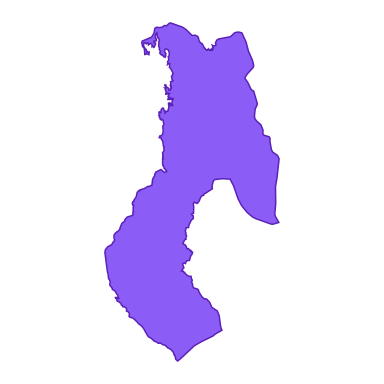 Kolaka Utara, Sulawesi Tenggara, Indonesia
{"feature_id": "22746128B11198700179718", "entity_name": "Kolaka Utara", "entity_type": "district", "adm_level": 2, "iso_a3": "IDN", "parent_name": "Indonesia", "parent_adm1": "Sulawesi Tenggara", "projection": "natural_earth1", "projection_center": [121.032, -3.263], "detail": "fine", "context": "isolated", "style": "filled", "palette": "violet", "viewbox_px": 384, "rotation_deg": 0, "n_neighbors": 0, "source": "geoboundaries", "source_scale": "gbopen_adm2", "svg_char_len": 5930}
<svg xmlns="http://www.w3.org/2000/svg" viewBox="0 0 384 384"><path d="M222.0,330.2L221.0,328.1L220.5,325.5L219.2,315.7L217.3,310.9L211.9,307.4L209.6,302.2L206.6,299.0L204.1,298.7L201.9,296.7L199.3,292.6L198.3,289.8L197.4,289.0L194.1,288.1L193.1,287.1L192.5,285.4L192.5,283.7L191.5,282.3L192.3,280.2L191.1,277.9L191.2,276.4L189.2,276.3L187.2,275.4L185.0,273.3L184.7,272.4L184.2,272.6L183.2,271.4L181.9,271.1L182.6,270.7L182.0,270.2L182.3,269.0L182.8,269.0L183.9,267.8L182.7,264.3L183.2,263.3L184.3,263.1L185.5,263.6L186.0,261.8L187.1,260.6L189.4,260.5L190.9,255.6L192.0,254.3L192.6,252.3L191.6,251.3L191.2,251.6L190.9,250.9L190.6,251.2L190.4,250.4L188.3,248.6L187.2,249.0L185.7,245.3L182.8,243.5L184.8,239.7L186.0,239.3L185.9,237.7L186.6,235.8L185.6,233.9L186.0,233.0L185.3,231.3L186.2,227.7L188.6,227.5L188.8,225.5L191.3,220.1L193.3,218.6L193.2,215.7L192.2,215.3L191.5,214.1L193.5,213.3L193.2,212.7L193.6,212.1L193.7,206.4L193.3,203.8L194.2,202.2L196.9,203.5L197.8,202.9L199.3,200.9L200.3,198.1L201.8,195.8L203.6,195.4L203.6,194.4L212.4,188.8L212.1,185.8L213.2,181.4L214.5,179.6L222.2,178.7L230.1,179.1L233.5,185.7L238.1,198.9L241.7,205.8L247.4,212.7L252.6,217.0L255.9,218.7L271.1,224.1L273.0,224.2L278.8,222.5L275.4,216.4L274.8,214.0L275.7,203.9L275.5,186.6L277.1,176.9L279.1,158.8L277.5,155.4L272.8,152.2L271.4,149.6L270.0,141.7L270.0,138.3L269.2,136.8L264.2,135.3L262.9,134.1L263.0,130.0L260.9,124.8L256.4,120.8L254.7,118.2L254.5,115.3L255.2,108.9L257.0,105.3L257.3,103.4L253.7,91.2L251.2,89.6L247.9,82.6L244.9,78.2L245.4,76.7L247.4,73.8L252.9,67.8L253.6,66.4L253.6,64.8L252.4,60.1L248.4,51.0L246.1,42.1L241.9,32.9L239.0,32.1L236.7,32.2L234.6,32.8L230.4,36.7L218.5,39.0L216.7,40.2L215.4,43.1L216.1,44.9L215.5,45.6L213.5,45.8L212.3,45.2L213.2,47.4L212.5,47.9L213.1,48.9L212.5,50.3L211.8,50.3L211.6,49.8L212.0,49.3L211.5,49.0L210.5,49.5L210.4,50.5L209.7,50.4L208.4,48.8L207.9,49.6L207.1,49.7L207.0,50.3L205.6,49.5L205.1,48.3L204.5,48.2L202.2,43.7L200.4,42.7L199.1,40.8L198.3,37.4L197.6,36.3L195.2,35.2L192.2,35.5L185.9,29.4L182.4,27.1L171.1,23.1L169.6,23.0L166.5,25.8L164.6,25.5L161.7,27.3L159.2,27.6L156.9,27.2L155.3,27.9L154.7,28.8L154.1,33.0L151.6,37.1L142.2,41.1L141.7,43.0L142.5,44.9L142.3,46.0L144.3,48.5L144.8,54.5L145.7,54.4L146.8,53.2L147.3,53.9L148.9,54.7L149.2,52.1L148.6,52.3L147.7,51.5L146.9,51.4L146.1,49.3L144.9,48.7L144.8,47.9L143.9,47.3L144.0,46.4L143.2,44.4L143.9,43.9L144.0,43.0L144.8,42.8L146.4,43.8L147.2,42.7L147.9,42.9L148.4,43.6L148.4,44.9L150.7,43.4L152.0,44.4L152.0,46.5L152.6,46.0L153.6,47.5L154.0,47.4L155.6,44.0L155.5,42.9L154.2,42.6L153.9,41.2L156.5,40.8L156.4,39.0L155.5,38.3L155.4,35.9L156.3,33.3L156.9,32.8L157.6,37.5L158.9,38.7L159.4,40.6L158.8,41.9L158.7,46.7L159.5,47.8L159.2,49.4L160.5,51.5L159.7,53.0L160.9,54.6L161.9,54.7L162.4,55.6L163.2,55.5L164.1,57.0L164.8,56.8L165.1,57.2L165.9,55.9L165.4,54.7L166.0,53.6L165.4,53.1L164.5,50.8L165.5,49.0L166.6,49.0L168.1,49.9L169.4,52.9L169.0,56.0L168.2,56.9L168.7,59.0L168.4,60.6L167.5,61.8L167.9,63.3L167.6,64.5L169.1,63.5L169.9,63.6L169.4,67.4L170.4,68.2L173.1,73.2L172.5,74.1L172.7,74.8L171.4,76.4L172.0,77.9L171.8,78.9L173.0,80.7L170.5,81.7L170.9,82.7L170.4,85.0L171.0,85.7L170.5,85.9L170.9,86.4L170.7,87.0L171.3,87.0L171.4,87.5L171.3,88.5L170.5,88.9L170.3,90.2L168.9,90.2L169.1,89.2L167.8,87.6L166.8,87.3L166.3,86.2L165.7,86.1L165.4,85.4L165.7,85.0L165.0,84.8L164.7,85.5L166.2,87.2L165.9,87.6L166.3,88.7L165.8,87.8L165.0,87.9L165.5,88.2L165.1,88.9L166.2,92.1L165.7,94.2L166.6,94.2L167.9,92.9L169.5,93.5L168.2,94.1L168.7,95.1L168.2,95.9L168.7,96.9L168.3,97.0L169.1,97.9L168.0,98.7L167.8,99.4L169.4,99.5L170.2,97.9L170.5,98.1L170.1,98.4L170.4,99.2L170.1,99.8L170.7,99.3L172.0,99.6L172.5,98.9L172.1,98.5L173.3,98.8L172.0,101.7L172.1,104.0L172.8,105.5L171.8,105.5L171.1,104.5L170.7,105.0L170.8,103.8L170.6,103.6L170.7,104.2L170.2,104.2L169.7,103.0L168.6,103.1L168.4,104.0L169.1,104.6L168.6,105.4L168.9,106.9L167.8,111.3L166.3,111.3L165.1,113.0L164.9,112.1L165.3,111.1L164.0,110.3L163.5,108.3L162.7,108.0L161.3,109.3L160.7,112.7L159.2,111.8L158.9,112.9L159.3,114.8L158.8,115.6L159.6,116.0L159.4,117.7L160.2,118.1L160.3,119.1L160.9,118.9L161.5,120.6L161.6,119.9L162.6,119.6L163.4,120.7L163.2,122.0L163.9,123.6L163.8,124.5L162.8,126.1L163.2,131.2L162.6,134.0L161.5,135.7L160.7,135.7L160.1,136.5L159.6,136.2L159.2,137.7L161.2,137.8L161.4,139.3L162.7,141.1L163.5,146.5L164.1,146.8L163.8,147.9L164.1,150.5L162.5,153.0L163.2,155.7L162.8,155.7L162.6,158.7L163.3,159.0L162.6,159.5L162.6,164.4L163.1,164.9L162.9,165.7L164.1,167.1L164.0,168.2L165.2,169.2L165.5,170.1L166.5,170.5L166.6,171.5L164.6,172.5L160.9,169.5L155.8,172.1L154.8,174.1L154.4,176.6L153.5,177.3L152.4,180.2L152.3,181.6L152.7,182.3L152.2,182.6L151.9,185.4L151.0,185.4L149.8,186.4L148.0,186.3L144.1,188.7L140.9,189.5L140.1,190.6L139.4,190.1L137.2,192.3L136.1,197.0L133.8,200.4L133.7,201.6L132.7,201.9L132.3,203.5L133.4,205.3L132.9,205.2L133.3,206.0L133.1,210.9L133.5,211.4L133.0,212.0L132.8,215.3L127.1,217.1L125.0,219.6L124.6,221.2L121.9,223.3L119.9,228.2L120.0,229.0L117.5,231.8L117.0,231.7L115.3,233.2L114.0,235.1L114.0,238.2L114.6,239.9L114.4,240.8L112.5,242.9L111.9,244.5L107.7,246.8L105.4,249.7L104.9,252.6L107.5,272.5L108.0,273.5L108.6,278.8L109.1,278.9L110.2,282.0L109.7,284.9L112.2,288.3L112.3,289.3L115.1,291.1L116.7,294.0L117.5,294.7L118.1,297.2L118.9,298.3L118.3,298.5L116.2,297.4L115.4,297.5L115.6,298.3L116.7,299.1L117.3,301.3L118.4,301.3L119.6,302.6L120.9,303.0L121.3,305.0L122.3,305.5L122.9,306.8L124.1,306.7L126.1,307.9L126.7,309.8L126.4,311.0L128.4,312.0L129.4,313.5L129.1,316.5L130.0,317.3L132.9,318.0L137.1,321.9L138.2,323.5L141.5,325.9L143.5,328.4L147.7,335.8L148.6,336.9L151.2,338.3L154.3,341.2L156.8,342.1L158.2,343.3L160.6,343.1L163.0,344.8L165.0,345.1L167.7,347.8L171.0,349.5L173.4,352.5L174.3,355.2L174.8,355.2L175.8,359.3L177.6,361.0L180.1,359.1L194.4,345.7L201.7,341.5L213.0,336.0L215.5,333.9L222.0,330.2Z" fill="#8b5cf6" stroke="#5b21b6" stroke-width="1.5"/></svg>